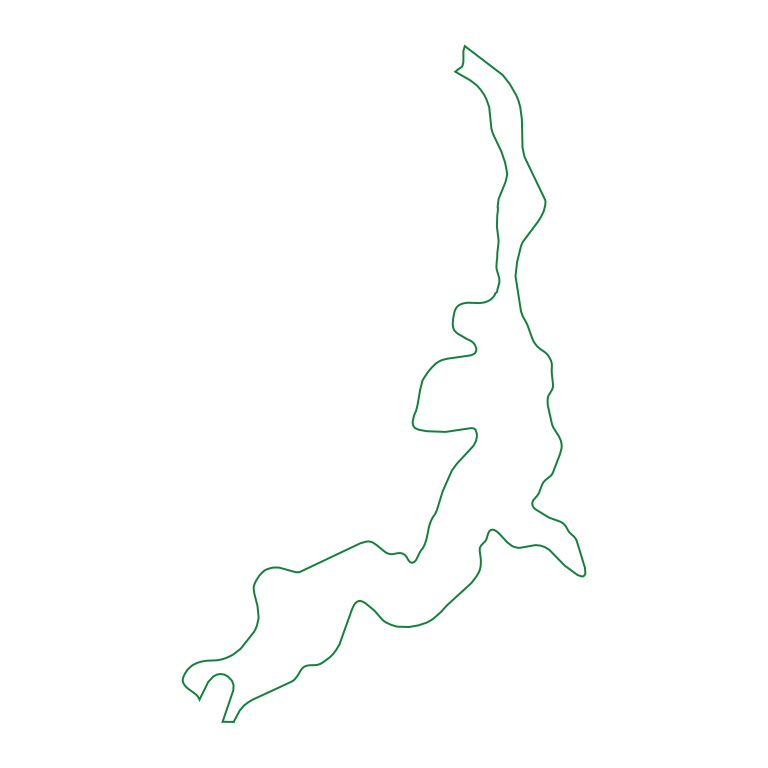 SVG path tracing the border of Aswan
{"feature_id": "EGY-1548", "entity_name": "Aswan", "entity_type": "Governorate", "adm_level": 1, "iso_a3": "EGY", "parent_name": "Egypt", "parent_adm1": "", "projection": "albers", "projection_center": [32.505, 23.633], "detail": "fine", "context": "isolated", "style": "outline", "palette": "green", "viewbox_px": 768, "rotation_deg": 0, "n_neighbors": 0, "source": "natural_earth", "source_scale": "10m", "svg_char_len": 4251}
<svg xmlns="http://www.w3.org/2000/svg" viewBox="0 0 768 768"><path d="M233.9,721.9L222.6,721.8L228.8,703.6L233.3,690.3L233.6,685.2L231.9,680.6L227.8,676.4L224.3,674.6L220.6,674.0L216.9,674.6L213.3,676.5L208.3,681.9L199.5,699.6L199.2,698.9L197.9,696.6L196.0,694.5L187.6,688.3L185.6,686.4L184.0,684.3L183.0,682.1L182.6,679.9L183.3,677.1L184.7,674.0L187.6,669.6L190.2,667.1L192.8,665.0L197.6,662.7L202.3,661.4L207.1,660.7L216.8,660.3L221.4,659.5L226.1,658.0L230.7,655.9L233.8,654.1L240.6,648.8L254.1,631.8L255.8,628.5L257.0,625.3L258.5,618.6L258.6,617.3L257.5,606.0L254.4,593.9L253.7,589.3L253.7,587.1L254.5,584.1L256.0,580.8L259.4,575.5L262.1,572.6L264.8,570.3L267.4,569.1L270.0,568.3L272.4,567.7L274.7,567.5L279.1,567.6L295.4,572.1L297.5,572.3L299.6,572.1L360.3,543.3L365.6,541.8L368.1,541.4L370.4,541.7L372.8,542.5L376.9,545.3L385.6,552.4L387.9,553.5L390.4,554.1L393.0,554.1L398.2,553.1L400.5,553.1L402.7,553.6L404.7,554.8L406.3,556.6L408.7,560.6L410.3,562.3L412.2,562.8L414.3,562.0L416.1,560.0L420.0,552.0L421.3,550.0L423.0,547.9L424.9,544.0L426.7,538.4L429.0,526.7L430.9,521.0L432.9,517.1L434.6,514.8L435.3,513.7L437.0,509.8L442.7,491.2L451.9,470.5L456.8,463.8L473.4,445.9L475.0,443.0L476.2,440.3L476.9,436.5L476.7,433.2L475.4,429.4L473.5,428.4L471.2,428.1L445.7,431.9L426.7,431.2L419.0,429.8L416.8,428.9L414.7,427.8L413.2,425.5L412.6,422.3L413.6,417.2L414.5,414.3L416.1,410.7L417.5,405.2L420.2,389.6L422.5,380.5L423.7,378.4L428.2,371.7L431.8,367.5L435.9,363.5L438.1,362.0L440.3,360.8L442.5,359.9L447.3,358.7L470.5,355.4L472.9,354.5L475.0,353.2L476.2,350.9L476.3,348.3L474.7,344.4L472.8,342.3L470.7,340.8L466.3,338.7L457.8,333.7L455.8,332.0L454.0,330.0L453.1,327.1L452.7,323.6L453.3,317.6L454.6,311.3L455.8,308.6L456.4,307.8L457.3,306.6L459.0,305.2L461.0,304.2L463.2,303.4L467.7,302.7L479.8,303.1L484.4,302.4L486.6,301.7L489.0,300.6L491.1,299.2L493.1,297.3L494.7,295.0L495.3,293.5L497.1,291.8L497.4,289.7L499.4,282.3L499.3,278.4L496.8,269.8L496.4,267.2L496.8,260.6L497.2,258.2L497.3,253.4L498.5,243.0L498.6,240.6L496.9,226.2L497.3,214.9L497.9,210.5L497.9,207.6L497.6,207.1L498.6,198.9L505.5,182.1L507.3,174.2L506.7,171.4L506.6,170.3L505.1,162.6L501.4,151.6L493.4,134.8L492.1,131.3L491.4,128.4L489.2,107.2L486.5,99.5L484.3,95.0L481.0,90.2L477.1,85.6L470.5,80.5L455.3,71.7L458.6,69.0L460.1,68.1L462.0,66.7L462.8,64.8L463.4,61.9L463.4,50.9L464.8,46.1L502.8,75.1L509.8,84.1L516.3,95.3L518.7,101.4L520.3,107.3L521.9,119.5L522.5,147.2L523.9,154.5L524.8,157.5L545.2,200.0L545.5,201.6L545.2,205.5L543.9,210.6L543.2,212.4L540.9,217.0L538.1,221.5L522.8,241.9L521.1,245.7L517.1,262.0L515.5,276.1L521.0,311.4L522.7,316.1L527.2,324.4L532.3,338.5L533.9,342.1L537.0,346.2L540.6,349.3L544.5,351.9L546.7,353.8L548.7,356.2L551.0,360.6L551.8,363.7L551.9,366.5L551.7,369.6L551.8,373.5L553.0,384.4L552.8,387.8L551.9,390.0L548.1,396.3L547.6,399.7L547.7,405.0L552.0,424.2L553.2,427.4L558.6,435.8L560.8,440.5L561.5,443.7L561.7,446.6L561.4,448.9L560.0,454.1L553.3,471.6L552.3,473.8L551.0,475.6L545.2,480.3L543.4,482.3L542.0,484.8L539.4,491.9L538.4,494.0L537.0,496.0L533.3,500.1L532.2,503.1L532.6,505.6L533.9,507.9L535.9,509.6L549.0,517.6L560.3,521.7L562.5,522.9L564.4,524.6L566.0,526.6L568.5,531.2L570.2,533.2L573.9,536.5L575.6,538.6L576.7,540.8L584.9,567.7L585.4,573.0L584.6,575.3L583.0,576.4L581.1,576.3L579.1,575.6L577.1,574.7L564.7,565.6L549.3,549.8L544.8,547.1L540.4,545.6L535.6,545.1L520.0,547.8L518.1,547.8L516.1,547.4L514.1,546.9L511.9,545.9L507.4,542.5L499.1,533.5L496.9,531.6L494.7,530.2L492.7,529.6L490.8,530.0L489.2,531.4L488.2,533.4L486.3,539.6L485.0,541.5L481.3,545.2L479.8,548.0L479.7,550.8L480.9,559.8L480.7,565.7L480.0,569.4L478.9,572.2L476.4,576.5L471.4,583.0L446.8,605.5L440.7,612.2L433.6,618.5L430.3,620.7L426.5,622.7L417.9,625.5L408.8,627.0L398.2,626.7L395.6,626.3L390.8,624.7L386.1,622.5L384.1,621.2L382.3,619.7L374.4,610.6L365.7,603.4L363.6,602.1L361.4,601.2L359.3,600.9L357.3,601.6L355.4,603.1L354.0,605.1L351.9,609.6L339.4,644.6L336.2,649.9L332.9,654.2L330.2,657.0L322.5,662.7L320.3,663.9L318.0,664.7L315.7,665.1L309.2,665.3L306.8,665.7L304.2,666.7L302.0,668.6L300.5,670.8L297.9,675.3L294.6,679.5L292.3,681.3L252.6,699.7L248.4,702.2L244.0,705.5L239.7,710.6L234.2,720.9L233.9,721.9L233.9,721.9Z" fill="none" stroke="#15803d" stroke-width="2"/></svg>